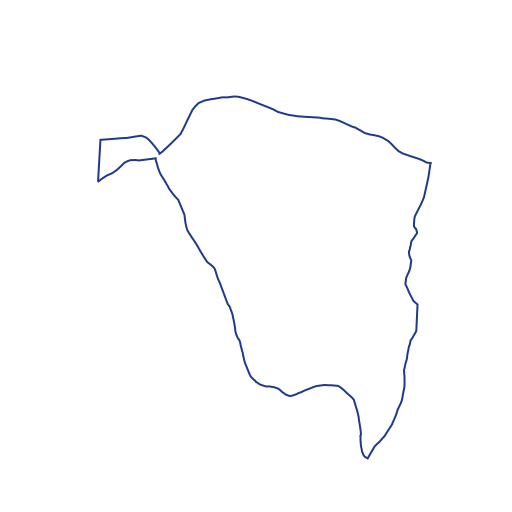 Cap Estate/Golf Park, Gros Islet, Saint Lucia (Robinson projection), rotated 199°
{"feature_id": "8701671B13840593777950", "entity_name": "Cap Estate/Golf Park", "entity_type": "district", "adm_level": 2, "iso_a3": "LCA", "parent_name": "Saint Lucia", "parent_adm1": "Gros Islet", "projection": "robinson", "projection_center": [-60.937, 14.101], "detail": "fine", "context": "isolated", "style": "outline", "palette": "blue", "viewbox_px": 512, "rotation_deg": 199, "n_neighbors": 0, "source": "geoboundaries", "source_scale": "gbopen_adm2", "svg_char_len": 5863}
<svg xmlns="http://www.w3.org/2000/svg" viewBox="0 0 512 512"><g transform="rotate(199 256 256)"><path d="M440.9,315.2L429.7,275.4L429.3,275.2L426.4,279.5L423.0,283.8L422.4,284.3L419.0,287.4L415.6,292.0L413.3,296.3L410.8,301.3L410.2,301.9L408.3,303.9L405.8,305.8L401.3,307.5L397.9,308.2L385.4,314.3L382.7,315.7L382.4,314.9L381.4,313.1L380.2,311.6L379.0,309.9L378.1,308.4L376.8,306.8L375.0,304.5L372.7,302.1L370.6,300.4L368.3,298.6L366.4,297.1L364.3,295.1L362.3,293.5L360.4,291.6L357.8,289.8L355.0,287.8L352.5,286.3L349.7,284.7L347.9,283.9L337.7,272.4L336.8,271.2L335.5,268.4L333.5,264.4L331.2,260.6L329.4,258.1L326.3,255.5L322.6,252.6L319.2,250.1L315.4,247.1L312.3,244.3L310.0,242.3L306.5,239.4L303.7,237.1L300.1,234.4L294.5,232.5L291.8,231.2L290.2,229.7L286.5,224.6L284.6,222.1L282.2,219.6L281.7,219.1L267.3,201.6L266.1,200.7L264.9,199.9L263.5,198.5L262.6,197.2L261.5,196.0L260.0,194.1L258.7,192.3L257.8,190.4L256.6,188.8L255.5,186.7L254.4,185.0L253.6,183.3L252.8,181.9L252.0,180.3L251.7,179.5L250.3,177.0L249.1,175.3L247.3,173.4L246.1,172.1L245.0,171.6L243.7,170.3L242.4,168.4L241.1,166.0L239.7,164.0L238.6,162.2L237.0,160.1L235.7,157.6L234.6,155.9L233.5,154.1L232.3,152.2L230.3,149.8L230.0,149.5L223.3,141.8L222.2,140.7L221.2,140.0L219.9,139.3L218.5,138.7L217.2,138.1L216.2,137.9L215.1,136.9L213.4,136.7L212.0,136.2L210.4,135.8L209.1,135.8L206.2,135.8L204.0,135.9L203.0,136.3L201.6,136.8L200.3,137.2L198.5,137.4L195.8,137.9L195.1,137.8L193.0,137.9L192.0,137.8L190.4,137.4L189.3,137.0L187.9,136.3L187.2,136.0L185.5,135.5L183.3,134.9L182.8,134.7L181.1,134.6L179.5,134.5L178.0,134.8L177.1,135.3L175.7,136.2L175.0,136.8L174.2,137.4L173.4,138.0L172.7,138.6L172.0,139.4L170.9,140.4L169.2,141.7L166.2,144.7L163.4,147.0L160.0,149.9L157.4,152.1L153.6,154.2L149.1,156.4L146.0,157.2L142.3,158.4L138.6,159.3L136.3,159.9L133.9,159.5L130.6,158.3L129.9,158.1L125.6,156.0L122.0,154.6L118.6,153.1L116.6,151.8L109.0,141.2L108.1,139.7L107.1,138.1L106.2,136.5L105.4,134.7L103.7,131.6L102.9,130.0L102.0,128.4L101.0,126.5L99.9,124.3L99.3,123.0L98.6,121.1L98.8,120.1L98.6,119.7L98.0,118.1L97.6,117.1L97.3,116.0L96.6,114.6L96.0,113.0L95.5,112.0L95.1,111.0L94.4,109.7L93.6,108.4L92.9,107.2L92.0,105.5L91.1,104.6L90.1,103.5L89.2,102.5L88.6,102.1L87.1,101.4L85.9,101.3L85.5,101.2L84.5,101.0L81.9,114.3L81.6,115.0L81.0,116.3L80.3,117.9L79.6,119.0L79.1,119.7L78.5,121.1L77.7,123.1L77.1,124.7L76.4,126.2L75.8,127.7L75.6,128.5L72.5,141.4L72.5,143.2L72.1,147.1L72.0,149.5L71.9,151.5L71.9,154.5L72.1,156.7L71.8,158.4L71.6,160.5L71.3,163.0L71.1,165.3L71.2,167.8L71.5,170.2L72.0,172.8L72.3,175.1L72.6,177.3L72.9,179.6L73.3,181.3L74.0,183.8L74.8,186.0L75.9,189.1L76.8,191.4L77.8,193.7L78.3,195.0L78.9,196.1L79.0,197.7L79.4,201.2L79.7,203.4L79.7,205.5L79.8,206.8L79.9,208.0L80.2,209.6L80.6,211.1L80.9,212.9L81.1,214.2L81.3,216.0L81.6,217.9L81.9,220.7L81.8,222.4L82.2,225.4L82.3,226.6L81.8,228.2L81.6,228.9L80.9,232.4L80.3,235.5L80.1,237.5L87.5,262.8L89.4,263.5L92.4,264.7L95.5,267.6L99.5,271.5L102.4,274.8L104.5,276.9L105.6,278.0L106.9,284.4L106.7,286.3L106.6,287.9L106.4,289.5L106.3,291.2L106.2,293.4L106.6,296.6L107.2,299.7L107.5,301.3L107.7,302.2L108.1,302.9L108.8,303.5L110.1,305.1L110.9,305.9L111.8,307.6L112.5,309.1L112.8,310.0L112.8,311.7L112.8,312.8L113.1,314.1L113.1,315.7L113.3,317.0L113.6,318.3L113.8,319.8L113.8,321.0L112.9,323.5L111.9,327.5L111.3,329.4L111.2,330.2L111.9,331.5L112.8,332.8L113.3,333.6L114.6,334.1L115.8,335.1L116.4,335.8L116.9,337.3L117.4,338.9L117.8,340.5L118.2,341.9L118.4,342.9L118.6,344.3L118.7,345.2L118.5,346.8L118.3,348.5L117.9,351.2L117.5,354.2L117.2,356.1L116.9,358.1L116.8,359.0L116.3,366.3L118.7,387.1L121.1,399.8L121.0,400.7L122.6,400.4L123.9,400.2L124.9,400.0L125.4,399.9L127.2,400.3L127.5,400.4L128.1,400.4L130.4,400.7L132.5,400.8L134.2,400.9L136.0,400.8L137.4,400.8L142.1,400.7L148.1,400.7L149.8,400.7L150.6,400.7L152.6,401.1L154.3,401.4L154.7,401.4L155.1,401.5L157.4,402.5L159.0,403.2L160.4,403.9L161.0,404.2L161.4,404.4L163.4,405.5L165.9,406.7L167.8,407.5L168.7,407.9L169.5,408.0L172.2,408.5L174.0,409.0L175.7,409.1L177.7,409.2L178.8,409.3L179.9,409.1L182.0,408.9L182.5,408.8L183.1,408.8L184.2,408.6L186.7,408.2L187.9,407.9L188.3,407.9L189.1,407.9L192.8,407.7L193.4,407.7L198.2,408.7L201.6,409.3L203.5,409.7L203.9,409.7L204.4,409.7L205.2,409.7L206.1,409.7L207.3,409.6L208.8,409.8L213.5,410.2L218.9,410.8L221.2,410.9L221.9,410.9L223.3,411.0L223.7,410.9L225.5,410.9L226.2,410.7L229.1,410.1L230.0,409.9L234.2,408.9L237.3,408.0L238.1,407.8L239.2,407.8L239.7,407.7L240.8,407.5L243.6,406.8L247.0,405.8L249.6,405.1L252.0,404.4L254.9,403.6L257.1,403.0L258.7,402.6L259.4,402.4L260.7,402.0L261.1,401.9L261.6,401.8L262.0,401.8L262.8,401.6L263.3,401.4L264.9,401.2L265.4,401.1L266.5,400.9L267.0,400.8L267.5,400.7L269.3,400.4L269.9,400.2L270.5,400.1L271.8,400.0L274.4,399.8L278.0,399.6L281.4,399.4L282.4,399.4L285.4,399.9L286.6,400.2L288.7,400.3L290.0,400.4L290.7,400.5L300.6,400.9L306.8,401.3L307.5,401.3L311.0,401.5L311.7,401.5L313.3,401.5L315.7,401.5L316.5,401.4L318.5,401.3L319.7,401.3L320.7,401.1L321.7,401.1L322.4,401.0L322.8,401.0L323.3,400.9L323.9,400.9L324.2,400.8L324.9,400.7L326.8,400.2L328.8,399.6L333.5,397.3L334.1,397.0L334.7,396.7L335.2,396.5L339.6,395.0L342.0,393.7L342.8,393.2L345.3,391.8L349.3,389.8L352.1,388.1L353.3,387.4L354.7,386.6L355.1,386.3L355.5,386.1L360.1,381.9L362.1,377.8L362.9,375.6L363.7,373.3L364.6,365.9L365.2,361.4L365.8,355.5L366.2,352.4L366.3,351.6L367.1,346.7L368.4,344.0L370.0,340.7L372.6,335.4L375.6,329.6L377.5,326.1L378.1,324.8L380.1,321.8L380.5,321.3L380.9,322.0L381.1,322.3L383.5,324.0L384.3,324.5L385.5,325.4L388.3,327.1L390.7,328.6L394.7,330.8L395.9,331.3L396.9,331.7L397.5,331.9L398.2,332.2L400.3,332.3L403.7,332.4L405.6,331.4L407.8,330.3L411.3,328.4L414.4,326.7L416.1,325.8L416.6,325.6L423.4,322.8L426.6,321.3L428.6,320.5L431.8,319.1L433.2,318.5L440.9,315.2Z" fill="none" stroke="#1e3a8a" stroke-width="2"/></g></svg>